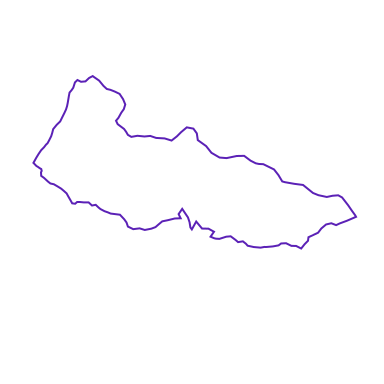 the district of Moni, Limassol, Cyprus, rotated 119°
{"feature_id": "46923920B25771108548129", "entity_name": "Moni", "entity_type": "district", "adm_level": 2, "iso_a3": "CYP", "parent_name": "Cyprus", "parent_adm1": "Limassol", "projection": "equal_earth", "projection_center": [33.204, 34.73], "detail": "fine", "context": "isolated", "style": "outline", "palette": "violet", "viewbox_px": 384, "rotation_deg": 119, "n_neighbors": 0, "source": "geoboundaries", "source_scale": "gbopen_adm2", "svg_char_len": 2202}
<svg xmlns="http://www.w3.org/2000/svg" viewBox="0 0 384 384"><g transform="rotate(119 192 192)"><path d="M149.6,346.5L152.9,347.5L158.4,346.4L161.4,346.7L164.4,347.3L167.5,346.3L170.9,345.1L174.3,343.9L177.5,342.9L180.9,342.2L185.2,341.9L190.0,341.7L194.2,341.5L198.8,342.9L204.3,343.9L208.1,342.9L211.5,342.2L216.5,342.0L219.5,342.0L221.2,342.6L224.5,343.1L228.6,344.2L232.9,344.6L237.5,344.8L241.2,344.8L243.4,344.8L244.7,340.6L244.7,339.2L245.0,336.7L245.0,335.0L246.4,333.7L248.0,333.6L251.0,331.7L251.4,328.3L252.7,323.0L253.2,320.0L252.2,316.6L252.3,312.2L252.5,308.0L253.2,304.5L254.0,301.0L255.7,298.3L258.6,293.5L260.0,291.3L258.9,288.5L256.4,287.6L255.1,285.2L253.6,281.7L251.2,277.4L252.3,272.9L249.9,270.0L250.9,266.1L251.3,263.8L251.2,259.2L250.6,255.7L250.3,252.7L246.8,244.0L248.7,238.1L250.4,234.5L253.3,231.3L253.0,225.4L249.2,220.2L248.1,214.9L243.8,209.8L240.4,206.9L236.8,205.6L232.1,203.8L228.5,199.6L223.5,194.2L220.5,189.2L217.8,193.0L211.5,192.4L216.2,183.2L219.6,179.5L223.8,176.2L224.8,174.0L215.8,174.0L219.1,165.5L216.1,159.8L216.1,153.5L222.1,154.1L221.7,150.2L221.2,148.4L219.7,145.3L214.5,140.4L212.0,136.7L212.8,130.7L213.5,127.4L210.5,123.6L211.1,119.8L212.0,117.3L210.2,111.3L207.4,105.0L205.0,102.1L204.1,100.4L200.4,94.9L196.7,90.4L193.8,89.1L191.2,84.9L190.9,78.9L188.7,74.8L188.5,69.1L183.1,68.2L178.4,66.9L175.1,68.2L166.5,62.0L161.2,61.2L155.4,59.0L151.8,55.0L151.1,49.9L147.8,47.5L142.1,42.6L134.2,36.5L133.3,37.9L130.7,43.4L127.9,49.0L124.0,58.1L124.0,62.5L127.1,67.2L131.0,71.7L133.5,79.9L134.2,85.7L132.0,98.3L135.3,106.6L138.4,115.6L139.0,118.2L135.3,124.6L132.5,131.2L133.1,143.1L135.1,147.2L136.0,150.2L136.2,156.0L135.1,163.9L138.8,170.3L145.6,178.2L148.5,184.6L148.3,194.0L145.0,201.9L143.8,212.1L138.4,216.2L135.9,221.5L138.0,227.9L144.8,230.5L150.7,232.2L156.9,234.8L158.4,241.9L162.1,249.6L163.2,255.7L166.5,260.5L169.3,267.0L173.2,271.8L173.1,275.8L171.3,278.8L169.8,282.0L168.7,289.9L166.5,293.0L162.8,292.3L156.9,292.3L152.6,291.8L147.8,292.8L144.2,297.3L141.3,302.9L141.6,308.3L142.2,312.9L143.2,316.5L142.1,320.9L139.6,327.2L138.8,335.1L142.2,337.3L146.9,338.8L149.4,342.5L149.6,346.5Z" fill="none" stroke="#5b21b6" stroke-width="2"/></g></svg>